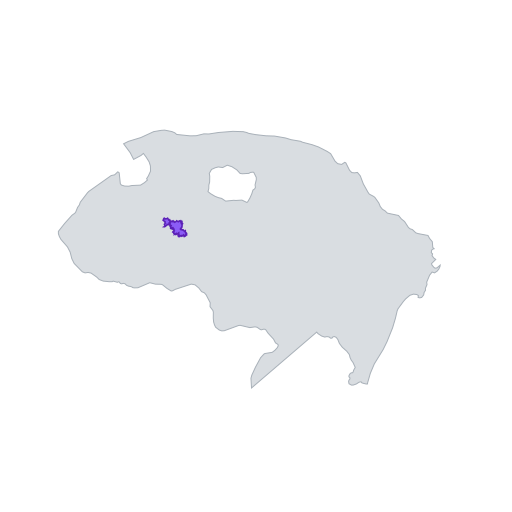 Sedibeng, Gauteng, South Africa shown in context, rotated 233°
{"feature_id": "47623444B84489694859974", "entity_name": "Sedibeng", "entity_type": "district", "adm_level": 2, "iso_a3": "ZAF", "parent_name": "South Africa", "parent_adm1": "Gauteng", "projection": "albers", "projection_center": [28.102, -26.548], "detail": "fine", "context": "in_parent", "style": "filled", "palette": "violet", "viewbox_px": 512, "rotation_deg": 233, "n_neighbors": 0, "source": "geoboundaries", "source_scale": "gbopen_adm2", "svg_char_len": 7768}
<svg xmlns="http://www.w3.org/2000/svg" viewBox="0 0 512 512"><g transform="rotate(233 256 256)"><path d="M347.9,107.8L359.5,106.3L364.7,107.3L370.9,109.9L376.7,110.9L386.6,110.2L390.0,110.7L392.7,111.6L394.6,113.0L397.2,122.9L399.3,133.6L399.2,137.0L399.5,138.3L402.2,142.8L403.1,145.7L404.7,148.0L407.9,159.4L408.2,161.4L407.4,188.7L405.9,192.0L406.4,196.3L404.8,196.8L395.3,191.1L393.6,191.2L390.9,193.2L388.3,196.4L387.1,199.1L382.1,206.4L381.7,211.0L382.0,215.0L383.6,215.2L384.7,218.2L387.2,222.8L391.5,225.9L395.5,227.3L401.2,227.8L405.7,227.8L405.5,224.7L406.8,216.4L414.2,217.7L425.3,217.8L424.3,223.2L419.9,235.3L416.9,249.1L413.4,255.9L411.5,258.8L406.0,263.7L403.2,265.3L400.8,265.8L391.5,275.8L388.0,280.7L384.9,287.9L381.8,291.8L377.3,300.2L369.5,312.5L363.0,320.6L360.2,322.9L358.3,324.0L353.2,328.7L346.0,336.3L340.6,343.0L332.5,350.6L327.8,354.0L320.8,360.6L318.9,361.6L311.1,367.8L305.5,371.5L296.4,375.9L292.8,377.2L284.2,376.2L280.6,376.8L277.6,379.5L277.4,383.3L276.2,383.8L268.2,382.3L265.0,382.7L263.1,384.7L261.7,387.3L257.2,387.5L249.0,385.1L239.5,383.8L237.3,383.7L232.8,385.8L231.2,386.2L224.5,386.0L220.7,385.0L217.2,385.1L214.5,386.2L211.2,386.7L202.6,394.2L198.1,394.4L194.1,395.4L187.1,394.9L185.0,395.4L183.0,396.8L178.3,397.6L176.5,398.8L168.9,405.7L165.5,405.2L161.3,405.4L156.4,402.3L154.6,402.6L155.0,401.6L155.0,399.8L153.2,398.0L151.4,398.3L150.3,396.8L147.4,396.8L145.1,397.5L144.3,391.6L143.1,391.1L140.2,391.2L138.9,391.5L138.2,392.1L137.6,393.5L137.9,397.6L136.8,396.5L135.5,394.1L134.9,391.5L135.1,388.4L137.2,387.0L136.2,383.1L132.4,376.6L130.2,375.3L128.3,371.9L126.6,370.7L125.7,368.3L124.0,366.5L123.2,363.4L124.0,361.6L125.3,360.5L126.8,361.9L128.5,361.2L130.8,358.8L132.0,355.2L131.7,349.8L131.0,346.4L128.4,337.7L127.3,335.8L122.3,329.8L116.4,321.8L108.7,309.0L104.8,301.3L98.6,285.5L93.5,276.7L87.4,268.6L86.7,268.1L87.4,267.0L90.1,264.8L91.3,264.1L92.0,264.3L92.6,263.7L93.2,262.3L93.4,259.2L94.4,256.0L95.5,254.5L98.0,253.4L100.0,254.4L100.9,255.5L101.3,257.0L102.2,257.7L103.6,257.5L104.6,258.4L105.4,260.3L105.4,261.7L104.7,262.7L104.9,263.8L106.0,265.2L107.3,268.2L112.6,269.4L115.5,269.4L118.3,270.0L121.0,271.2L125.3,271.2L131.1,270.0L136.0,270.0L140.0,271.1L142.7,271.1L144.4,270.2L145.1,268.9L144.7,267.2L145.5,266.1L147.4,265.6L148.9,264.2L149.9,262.1L152.5,260.3L156.6,258.8L158.7,258.7L153.3,173.0L161.4,178.4L163.4,181.0L167.6,188.8L172.0,198.5L172.9,203.3L172.8,204.3L169.3,211.0L169.3,214.2L170.0,218.0L171.0,219.8L172.2,220.3L174.9,219.3L179.1,220.0L187.0,219.2L191.1,219.4L192.0,219.1L192.9,218.2L193.8,215.9L194.7,215.2L198.4,214.0L200.0,212.6L202.5,208.0L210.1,201.7L211.0,200.2L215.4,185.7L216.8,183.6L219.0,182.1L223.4,180.9L226.0,181.4L228.9,182.5L232.1,184.5L236.9,188.2L238.5,188.8L243.2,188.8L246.2,191.3L255.0,192.8L257.6,192.6L260.3,191.1L264.8,191.1L269.6,190.0L272.5,187.4L277.9,171.6L278.5,168.2L279.1,167.2L283.7,165.4L289.4,164.0L290.5,163.2L294.0,158.8L298.6,155.1L301.7,142.6L303.8,139.6L305.1,138.4L305.9,138.3L307.1,137.5L308.7,136.0L310.5,135.0L312.6,134.7L314.0,133.6L314.6,132.0L315.7,131.1L317.3,131.2L318.2,130.6L318.4,129.5L321.9,126.8L322.0,125.7L324.0,123.1L327.9,118.9L331.6,116.6L335.1,116.1L341.6,114.0L343.9,112.0L345.4,109.3L347.9,107.8ZM336.4,292.5L341.8,290.5L345.8,287.7L346.7,282.6L349.8,279.5L351.0,276.6L351.9,272.6L350.1,268.4L347.6,267.1L343.0,263.5L341.0,261.0L338.3,258.9L336.3,256.4L333.2,257.2L328.3,259.2L325.2,261.1L322.7,263.2L318.1,264.8L313.9,271.7L312.5,273.3L309.1,278.4L304.3,280.9L304.2,281.8L305.9,285.9L308.1,289.9L310.5,293.3L310.4,295.3L311.2,296.9L313.3,298.0L316.8,302.2L318.6,303.5L323.9,304.5L324.7,304.2L326.1,301.8L326.3,300.0L329.9,294.6L331.5,293.0L336.4,292.5Z" fill="#d9dde1" stroke="#a8b0b8" stroke-width="1"/><path d="M319.0,205.9L318.2,205.9L318.1,206.3L317.9,206.4L317.8,206.2L317.5,206.5L317.4,206.7L317.5,207.5L317.4,208.5L316.7,208.4L316.7,208.5L316.7,209.2L316.5,210.2L316.5,210.4L316.3,210.2L316.3,210.6L315.6,210.4L314.7,210.3L314.5,211.2L314.5,212.1L314.6,212.9L315.2,212.3L315.1,212.8L315.2,213.0L314.9,213.0L314.7,213.2L314.9,213.3L315.0,213.3L315.3,213.4L315.3,213.2L315.7,213.2L315.8,213.3L315.8,213.5L315.8,213.9L315.7,213.9L315.7,214.0L315.8,214.2L316.0,214.1L316.3,214.1L316.5,214.2L317.0,213.9L317.1,214.0L317.5,213.9L317.8,213.9L317.9,214.0L318.0,214.1L318.2,214.3L318.2,214.5L318.3,214.6L318.7,214.8L318.7,214.7L318.6,214.4L318.6,214.2L318.7,213.8L318.9,213.7L319.1,213.6L319.5,213.7L319.9,213.7L320.3,213.5L320.5,213.6L320.8,213.6L321.0,213.5L321.1,213.3L321.1,213.1L321.3,213.0L321.3,212.9L321.2,212.8L321.2,212.7L321.3,212.7L321.5,212.6L321.8,212.6L322.0,212.5L322.1,212.3L322.1,212.2L322.2,211.9L322.3,211.9L322.5,211.8L322.8,211.7L323.0,211.8L323.1,212.0L323.4,212.3L323.5,212.4L323.5,212.6L323.3,212.9L323.3,213.1L323.3,213.3L323.5,213.6L323.6,213.9L323.6,214.1L323.9,214.2L324.0,214.3L323.9,214.5L324.2,214.7L324.3,214.7L324.4,214.8L324.5,214.9L324.5,215.1L324.8,215.3L325.1,215.5L325.3,215.7L325.5,215.7L325.6,215.8L325.8,215.8L326.0,216.0L326.0,216.3L325.9,216.5L325.9,216.8L326.0,216.9L326.3,216.8L326.6,216.8L326.8,216.8L327.0,216.9L327.0,216.4L326.9,216.3L326.7,216.0L326.7,215.9L326.8,215.9L327.0,215.9L327.2,216.0L327.3,216.5L327.3,216.9L327.4,217.0L327.5,217.0L327.7,217.4L327.9,217.4L328.0,217.4L328.0,217.5L328.3,217.7L328.5,217.5L328.3,217.3L328.2,217.2L328.2,216.9L328.3,216.8L328.4,216.7L328.6,216.8L328.5,216.5L328.9,216.6L329.0,216.3L329.4,216.3L329.4,216.6L329.9,216.7L330.2,215.8L330.2,215.3L330.1,215.1L330.1,214.6L330.5,214.5L330.6,214.3L330.7,214.2L331.9,213.9L331.7,212.9L331.8,211.4L332.1,211.4L332.3,211.4L332.7,211.4L332.7,211.0L333.7,211.0L333.5,210.5L333.6,210.4L333.8,210.3L333.9,210.2L334.1,210.2L334.0,209.9L334.5,209.9L334.6,209.6L334.5,209.3L334.5,209.1L334.4,208.5L334.5,207.9L334.8,207.8L334.8,208.0L335.5,208.2L335.4,208.4L335.5,208.4L335.6,208.2L335.7,208.3L335.7,208.7L336.8,208.9L336.7,208.4L336.8,208.2L337.0,208.1L337.3,207.9L337.9,208.1L339.4,208.2L339.5,207.2L339.8,206.7L339.9,206.4L340.0,206.1L340.3,206.0L340.9,205.7L341.5,205.5L341.3,204.7L341.0,204.1L340.6,204.2L340.3,203.3L339.8,203.5L339.2,203.6L338.9,203.7L338.3,204.1L337.5,203.6L337.5,203.4L336.6,203.0L336.5,201.9L335.6,201.7L334.6,201.4L334.7,200.1L334.5,200.3L334.2,201.3L334.3,202.5L334.3,203.7L334.4,203.8L334.3,204.0L334.2,204.2L334.3,204.4L334.2,204.5L334.3,204.5L334.2,204.6L334.1,205.0L334.2,206.2L334.3,206.3L334.5,206.4L334.4,206.5L334.4,207.0L333.9,207.0L333.9,206.8L333.9,206.7L333.9,206.4L333.3,206.4L333.2,206.3L333.2,206.5L333.0,206.3L332.9,206.4L332.1,206.0L331.4,206.6L331.3,206.4L331.2,206.3L332.0,205.7L331.8,205.5L331.7,205.4L331.6,205.5L331.4,205.3L331.5,205.2L331.3,205.3L331.2,205.3L330.9,205.6L329.9,204.7L329.6,205.1L329.4,204.7L329.2,204.5L328.9,204.6L328.7,204.8L329.0,205.7L329.1,205.8L329.0,206.3L328.6,206.3L328.1,206.2L328.1,206.3L328.0,206.2L328.0,206.3L327.8,206.2L327.5,206.6L327.4,206.7L327.2,206.5L327.6,206.1L327.4,206.2L327.2,206.1L327.3,206.1L327.3,205.9L326.8,206.3L326.5,206.0L326.3,206.0L326.1,206.2L325.9,205.9L325.5,205.9L325.4,205.9L325.2,205.9L325.1,205.7L325.2,205.3L325.3,205.2L325.5,204.5L325.2,203.9L324.5,204.3L324.5,204.5L324.3,204.2L324.1,204.1L323.9,204.1L323.7,204.0L323.6,204.3L322.8,204.1L322.6,204.0L322.5,203.9L322.5,204.4L321.9,204.4L321.6,204.5L321.4,204.8L321.3,205.1L321.3,205.3L321.2,205.4L321.2,205.6L322.1,205.4L322.1,206.0L321.8,206.1L321.7,206.8L321.7,206.4L320.9,206.5L320.9,206.4L320.7,206.5L320.8,207.2L320.8,207.3L321.0,207.5L321.1,207.9L321.1,208.0L321.1,208.4L320.9,208.3L320.7,208.1L320.5,207.9L320.4,207.8L320.0,207.6L319.9,207.9L319.8,207.3L319.7,207.4L318.8,207.3L318.4,207.4L318.4,206.5L318.6,206.5L318.9,206.7L319.0,206.6L319.2,206.1L319.1,205.9L319.0,205.9Z" fill="#8b5cf6" stroke="#5b21b6" stroke-width="1.5"/></g></svg>